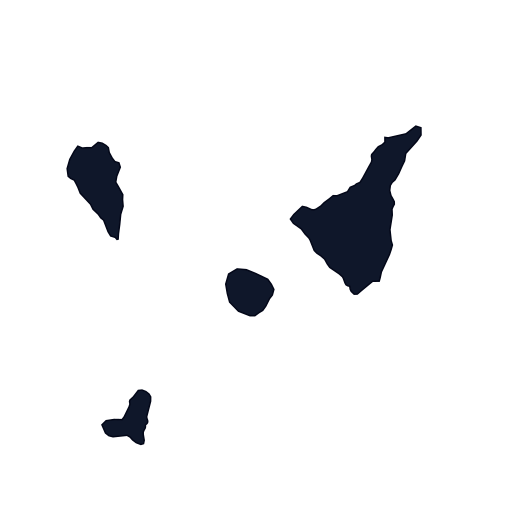 an SVG outline of Santa Cruz de Tenerife, rotated 345°
{"feature_id": "ESP-5842", "entity_name": "Santa Cruz de Tenerife", "entity_type": "Autonomous Community", "adm_level": 1, "iso_a3": "ESP", "parent_name": "Spain", "parent_adm1": "", "projection": "equal_earth", "projection_center": [-17.219, 28.249], "detail": "fine", "context": "isolated", "style": "filled", "palette": "ink", "viewbox_px": 512, "rotation_deg": 345, "n_neighbors": 0, "source": "natural_earth", "source_scale": "10m", "svg_char_len": 2385}
<svg xmlns="http://www.w3.org/2000/svg" viewBox="0 0 512 512"><g transform="rotate(345 256 256)"><path d="M390.6,280.7L388.1,284.9L385.2,289.2L373.0,303.8L370.3,309.1L368.5,312.2L362.1,310.6L351.8,315.3L347.5,317.3L344.0,319.0L340.9,318.3L338.8,314.8L338.4,312.5L338.7,309.5L337.0,308.6L335.5,307.1L335.0,305.0L334.6,300.3L334.2,298.5L331.7,294.7L324.3,286.1L322.8,282.1L321.5,276.8L318.7,272.6L315.6,269.1L313.7,265.8L312.4,254.7L311.8,252.4L309.1,247.5L306.8,241.6L300.6,234.1L298.8,229.2L303.3,225.7L313.6,220.1L317.3,222.0L321.7,225.6L323.9,226.4L326.2,226.3L331.6,224.5L335.7,222.1L341.8,219.7L346.1,217.7L349.8,218.8L357.3,218.0L361.0,217.6L364.8,214.0L369.6,213.4L371.6,212.4L375.5,211.8L379.3,208.3L388.1,199.0L391.8,195.2L392.9,193.0L393.3,189.4L394.0,187.9L397.5,185.6L399.1,184.3L402.4,182.1L406.6,181.2L410.0,179.4L411.2,174.8L414.3,176.1L432.5,176.8L444.0,171.9L448.5,174.8L446.7,181.9L441.1,186.7L427.2,195.7L424.1,202.6L420.3,207.0L415.1,213.4L409.9,218.5L406.6,220.1L404.0,222.6L402.1,227.3L402.0,232.6L403.1,236.8L403.6,239.3L403.0,241.8L401.2,243.7L399.5,245.9L398.2,251.7L392.2,265.2L390.5,276.1L390.6,280.7ZM141.4,113.1L141.0,118.1L142.4,124.1L144.1,128.3L147.7,130.5L147.9,135.1L142.2,142.8L139.6,148.4L141.0,153.4L143.2,162.3L141.7,167.0L140.5,173.6L136.1,180.7L132.4,190.5L128.9,198.9L127.2,204.0L126.0,204.0L124.9,201.6L120.8,199.0L119.4,194.2L118.1,181.9L115.9,178.9L114.5,174.9L110.7,168.7L109.6,163.2L102.5,149.9L101.8,143.6L101.0,139.6L100.1,135.7L97.1,133.1L95.2,130.4L96.2,122.7L101.2,114.4L107.6,107.7L112.3,103.8L116.2,106.8L120.8,107.6L125.3,108.9L132.9,105.4L136.6,107.2L139.7,110.4L141.4,113.1ZM224.9,266.3L234.4,263.6L243.1,266.7L251.1,272.8L261.3,281.5L263.5,287.3L264.6,292.9L261.7,297.9L258.0,300.7L252.5,306.9L248.4,310.3L244.2,311.5L239.4,313.4L234.7,312.1L224.8,304.8L218.6,293.7L218.6,284.8L219.5,275.3L224.9,266.3ZM107.5,355.4L111.2,356.0L114.5,358.4L116.9,361.6L117.8,364.8L116.6,369.0L108.8,382.9L108.6,384.4L108.7,386.0L108.7,387.5L108.1,388.9L107.2,389.7L106.1,390.2L105.3,390.9L105.0,392.5L104.3,393.7L102.9,395.1L101.5,396.9L100.9,399.2L100.3,405.1L98.8,408.1L96.0,408.2L92.0,405.3L89.2,401.7L87.5,398.3L85.0,395.8L71.1,393.6L67.4,391.5L64.8,388.0L63.5,379.2L68.6,376.3L76.6,377.2L84.3,379.4L87.1,377.2L94.4,368.8L95.9,366.5L96.2,363.8L97.0,362.5L101.0,360.4L107.5,355.4Z" fill="#0f172a" stroke="#020617" stroke-width="1.5"/></g></svg>